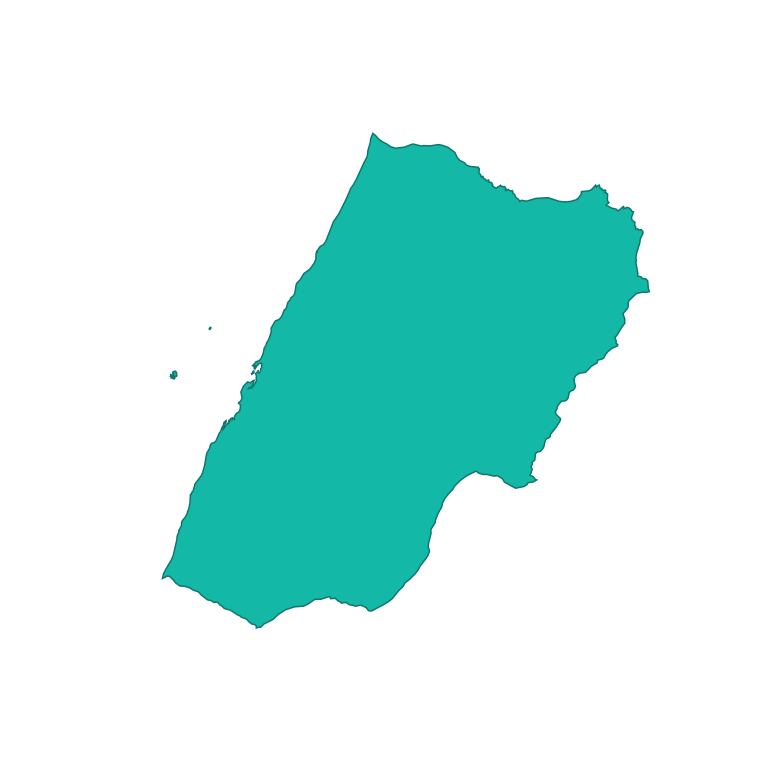 Afabet, Semenawi Keyih Bahri, Eritrea (Equal Earth projection), rotated 215°
{"feature_id": "51966322B88342452003506", "entity_name": "Afabet", "entity_type": "district", "adm_level": 2, "iso_a3": "ERI", "parent_name": "Eritrea", "parent_adm1": "Semenawi Keyih Bahri", "projection": "equal_earth", "projection_center": [38.928, 16.403], "detail": "fine", "context": "isolated", "style": "filled", "palette": "teal", "viewbox_px": 768, "rotation_deg": 215, "n_neighbors": 0, "source": "geoboundaries", "source_scale": "gbopen_adm2", "svg_char_len": 6174}
<svg xmlns="http://www.w3.org/2000/svg" viewBox="0 0 768 768"><g transform="rotate(215 384 384)"><path d="M501.6,323.6L501.0,324.3L500.1,323.4L500.5,324.8L500.0,325.1L499.8,323.3L499.2,322.4L498.3,322.3L498.5,324.7L498.2,328.8L496.9,330.3L495.8,330.6L493.7,327.4L493.7,325.8L492.9,324.5L492.5,322.5L492.7,321.2L494.1,321.3L494.9,323.4L494.7,320.7L495.2,318.8L493.1,317.4L491.4,314.5L490.4,313.8L489.8,309.1L490.0,304.8L492.4,302.4L492.3,303.9L491.3,304.5L490.8,306.8L492.4,312.5L493.2,311.7L494.2,308.3L496.9,307.5L497.9,301.6L496.6,295.3L492.0,290.9L491.6,287.5L492.3,285.7L492.1,284.7L490.3,284.8L489.4,284.2L487.7,281.6L486.9,279.1L487.0,277.7L488.0,275.5L488.0,272.9L487.6,271.0L486.2,269.2L487.0,269.0L487.7,267.8L488.2,269.2L488.8,269.4L489.6,267.9L488.6,263.1L488.8,262.6L489.3,264.7L490.0,265.2L489.1,262.0L490.0,260.3L489.7,259.1L489.8,254.3L490.5,254.5L491.0,255.6L490.7,257.7L491.9,259.8L491.3,261.3L491.7,262.6L492.4,263.4L492.9,261.3L492.9,260.3L491.8,257.8L491.7,255.3L490.5,251.0L490.7,249.1L489.0,241.0L489.5,238.6L491.2,236.5L491.4,235.1L490.0,231.2L489.4,225.3L484.0,213.9L481.6,206.8L481.1,203.9L481.5,193.8L479.0,186.9L479.3,185.8L478.8,183.0L479.2,182.5L474.7,175.2L472.1,169.3L471.9,167.1L471.0,165.4L470.4,161.2L470.8,156.4L470.4,154.2L469.3,153.1L468.5,151.0L468.0,146.1L467.2,145.3L466.2,140.8L464.2,137.2L458.1,122.1L457.3,117.9L456.5,107.6L455.7,101.9L453.9,97.6L451.4,102.3L449.5,103.4L444.4,102.7L440.5,101.5L435.2,101.5L431.1,104.0L426.3,105.6L421.8,105.8L416.9,107.3L412.2,106.3L404.5,106.0L401.7,107.4L398.4,107.4L395.4,109.8L391.4,108.8L389.4,109.2L386.0,108.5L380.1,110.6L371.3,110.9L369.3,111.4L367.3,111.1L362.0,112.6L358.1,111.7L354.3,111.6L351.9,112.8L349.9,112.6L348.7,110.9L346.9,113.1L345.7,113.7L344.6,118.7L339.9,127.5L338.4,134.8L335.1,142.7L329.6,150.0L322.5,155.9L320.0,160.1L317.2,168.0L312.2,171.5L307.5,177.8L306.2,178.6L304.6,177.5L301.0,180.5L297.0,179.9L295.2,180.4L293.2,180.1L290.0,183.2L285.4,183.4L282.3,185.0L280.0,185.5L276.5,189.2L274.6,189.9L270.4,190.6L266.6,189.4L264.0,190.9L257.8,203.0L255.4,208.5L254.1,213.0L253.4,223.5L252.2,229.1L252.8,232.6L250.9,239.2L249.6,246.8L249.4,251.2L250.0,255.5L249.5,265.5L249.7,268.7L250.8,273.0L251.5,273.9L254.2,275.7L255.7,278.1L260.0,289.1L261.3,290.3L262.2,292.3L262.5,299.4L263.9,302.5L265.4,308.7L266.2,316.3L267.7,319.8L268.5,325.1L268.0,332.7L267.2,336.7L267.6,340.7L266.3,348.4L263.6,356.5L258.5,365.6L255.6,365.2L250.8,366.8L248.1,368.8L241.1,371.6L238.5,373.9L232.7,374.4L229.0,372.7L216.5,374.1L210.8,380.0L209.2,383.3L209.5,385.7L205.7,389.2L203.9,393.0L205.2,392.7L208.5,393.7L212.1,392.9L212.5,395.6L213.7,399.2L216.1,400.5L216.5,403.6L217.7,404.6L216.9,408.3L220.1,414.1L219.2,416.5L217.3,418.5L216.8,422.2L217.1,424.3L219.6,430.6L219.5,432.5L218.3,433.9L217.9,435.5L217.8,436.7L218.8,438.2L218.2,447.3L218.5,453.8L219.0,456.1L219.6,456.9L225.3,457.8L226.9,458.6L227.8,460.1L228.1,463.2L228.9,464.4L229.2,466.2L228.9,470.7L228.5,472.0L226.3,473.7L225.2,475.5L225.3,478.5L227.4,483.3L227.0,485.2L225.5,487.5L225.3,489.6L225.8,491.7L230.6,496.2L231.8,499.4L231.4,502.0L230.0,505.0L225.6,509.2L224.3,517.5L221.6,523.5L222.6,526.3L220.0,529.0L218.9,531.2L219.5,535.3L219.1,539.2L217.7,544.1L214.5,549.2L215.1,550.3L217.2,550.5L219.0,552.9L221.7,554.6L221.1,557.0L221.8,567.3L221.6,571.8L224.1,575.4L228.6,578.6L227.9,584.7L228.2,586.8L228.8,588.3L230.5,590.5L231.1,592.9L229.2,602.8L224.9,607.5L222.5,608.9L219.6,611.8L222.6,614.2L226.9,619.5L227.9,619.9L229.9,620.2L233.0,618.6L235.0,619.2L238.1,617.9L239.7,620.4L247.0,627.6L248.5,630.4L250.0,631.6L252.1,636.0L255.3,646.0L257.3,650.0L258.3,656.1L259.6,657.5L261.7,657.9L263.8,656.3L265.1,656.6L266.8,655.3L268.0,657.2L269.5,657.5L271.3,660.4L274.3,660.4L276.0,661.4L277.0,663.0L278.5,668.2L280.0,667.6L282.0,668.6L284.7,668.7L286.1,668.2L288.0,665.2L289.4,666.8L289.8,666.7L290.9,661.8L291.8,659.9L294.1,660.4L298.3,658.7L304.3,657.9L304.8,658.5L303.7,661.6L305.2,661.8L306.8,663.2L309.8,667.9L311.6,668.1L312.9,667.4L313.1,669.4L314.2,669.7L316.2,667.9L317.7,669.0L319.4,668.4L321.7,670.4L322.2,669.9L323.0,667.2L324.7,668.3L325.4,662.8L326.1,661.0L327.2,659.5L332.6,654.9L331.3,652.3L331.4,647.6L332.5,644.7L335.9,640.6L339.9,637.1L345.1,634.2L356.5,630.7L366.2,623.0L372.0,615.6L376.8,613.3L377.3,611.5L380.1,612.4L383.1,612.5L385.8,614.1L388.0,614.2L388.9,615.5L389.9,616.0L390.7,615.0L392.6,614.3L393.7,614.7L395.4,612.2L396.0,612.8L396.1,614.0L398.5,614.9L399.3,613.9L400.4,613.9L401.3,613.1L402.7,613.5L403.0,611.7L403.9,610.6L404.3,608.7L408.4,608.3L408.9,608.5L409.0,609.4L410.4,610.3L411.9,610.6L414.0,609.6L415.3,611.1L416.6,609.2L418.5,609.9L420.2,609.5L422.1,610.8L422.9,609.4L425.2,611.0L427.1,611.1L429.3,614.9L431.5,615.6L431.9,614.5L433.1,614.5L438.2,611.6L441.6,610.6L445.2,611.4L450.0,610.6L453.9,611.5L458.7,614.3L467.3,614.6L473.4,612.9L476.9,611.2L482.6,605.7L488.4,601.9L489.9,600.3L497.3,597.5L498.4,596.7L503.2,589.7L509.7,583.8L514.6,582.2L519.6,582.2L523.8,581.5L528.4,581.5L533.8,582.8L536.9,582.9L535.6,577.2L533.8,574.0L531.1,566.1L528.2,560.7L527.4,554.1L524.1,536.2L523.4,530.3L523.4,524.8L521.1,514.2L518.6,497.8L518.5,488.0L513.4,467.0L513.6,463.1L515.2,460.1L515.1,454.2L514.5,453.9L515.1,453.8L514.1,451.2L511.6,447.6L510.5,443.3L510.6,435.6L513.0,428.5L512.5,421.4L513.3,416.5L512.7,414.5L509.2,407.2L508.7,404.8L509.7,401.0L509.2,398.6L509.6,395.8L507.7,390.5L507.6,388.6L508.2,387.5L506.5,380.6L507.0,376.6L509.2,373.2L508.5,365.0L506.3,362.1L505.8,360.6L504.0,354.5L503.6,349.7L502.8,348.1L502.8,345.1L500.4,339.4L499.3,334.5L499.6,331.4L501.7,328.8L501.3,328.1L501.8,326.5L501.8,324.4L502.3,323.8L501.6,323.6ZM561.0,270.2L559.2,268.6L559.5,267.5L559.0,267.6L558.7,268.5L559.4,270.4L558.4,271.2L558.5,271.9L560.6,274.5L562.4,274.8L563.7,273.3L563.7,272.2L563.3,271.6L562.2,271.7L562.1,270.3L561.0,270.2ZM560.9,269.1L561.4,268.8L561.8,269.6L562.8,269.8L564.1,269.3L563.5,268.7L563.5,267.8L562.1,268.0L562.0,266.9L560.7,267.6L560.9,269.1ZM498.2,320.0L498.6,319.1L498.1,317.5L498.5,316.6L497.9,316.1L496.9,318.4L498.2,320.0ZM558.3,331.0L558.8,330.7L559.0,329.4L558.4,328.6L557.9,328.9L557.8,330.3L558.3,331.0Z" fill="#14b8a6" stroke="#0f766e" stroke-width="1.5"/></g></svg>